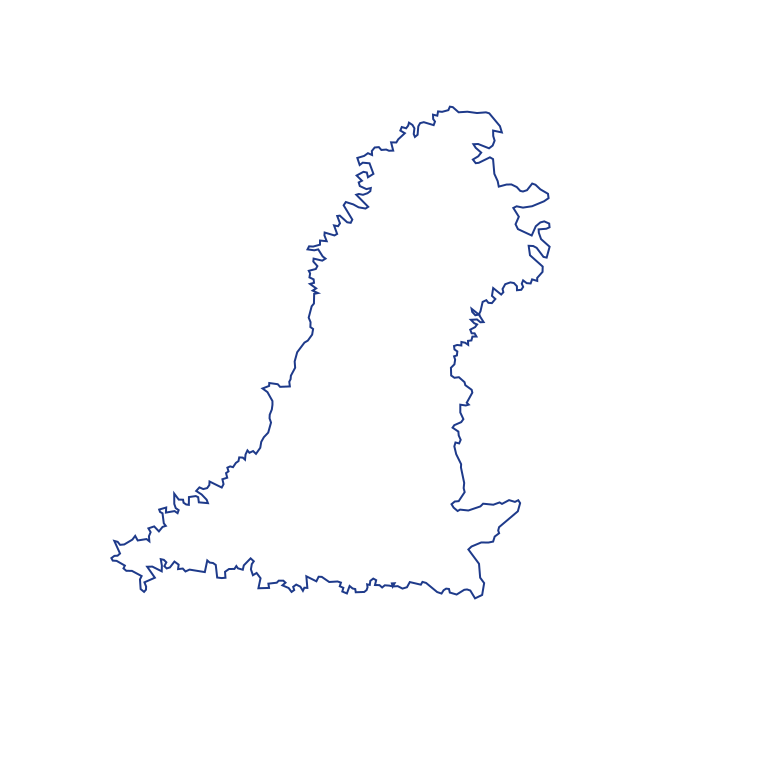 the district of Guaraniaçu, Paraná, Brazil, rotated 25°
{"feature_id": "56859067B51111314170692", "entity_name": "Guaraniaçu", "entity_type": "district", "adm_level": 2, "iso_a3": "BRA", "parent_name": "Brazil", "parent_adm1": "Paraná", "projection": "mercator", "projection_center": [-52.873, -25.047], "detail": "fine", "context": "isolated", "style": "outline", "palette": "blue", "viewbox_px": 768, "rotation_deg": 25, "n_neighbors": 0, "source": "geoboundaries", "source_scale": "gbopen_adm2", "svg_char_len": 6164}
<svg xmlns="http://www.w3.org/2000/svg" viewBox="0 0 768 768"><g transform="rotate(25 384 384)"><path d="M380.1,101.3L365.0,94.2L361.6,94.7L353.8,99.1L344.5,102.0L336.8,106.2L329.3,104.0L326.5,104.8L326.6,108.6L321.6,112.8L317.8,114.1L318.9,118.3L314.6,119.2L316.6,123.1L319.3,124.6L319.6,128.4L309.4,129.9L306.5,132.3L306.2,136.0L309.1,143.9L307.6,147.0L305.3,144.9L303.5,139.4L300.3,137.2L296.2,136.6L296.7,139.6L296.0,142.9L291.5,143.6L291.7,147.4L296.9,147.9L293.5,156.2L293.1,159.9L288.3,162.0L293.7,168.6L289.9,170.5L286.9,170.6L282.7,173.0L279.2,171.5L275.6,173.6L274.5,178.0L276.4,181.5L271.9,181.6L269.6,185.7L264.3,190.4L269.4,195.8L271.2,192.4L277.6,190.1L285.6,198.0L282.1,203.4L279.1,199.6L275.7,200.4L271.1,206.6L278.1,209.1L275.9,212.0L278.4,214.8L285.7,214.8L289.2,212.0L290.1,215.0L288.4,218.1L285.0,221.4L280.9,222.4L278.9,224.2L294.8,230.1L293.1,232.8L286.3,234.6L280.3,234.2L272.5,235.2L271.9,239.1L285.8,248.4L285.7,252.0L282.3,253.0L272.8,250.1L270.6,251.5L276.2,257.0L275.7,260.4L271.7,261.4L278.1,267.8L276.3,270.3L266.2,271.8L267.2,274.5L271.7,278.8L265.4,281.0L267.1,284.8L261.7,289.4L257.9,290.9L257.8,294.3L264.3,292.3L267.5,289.8L274.5,294.3L278.0,295.1L275.9,298.3L267.2,300.1L268.2,302.9L273.8,305.3L273.6,308.6L268.0,313.2L270.3,315.0L271.4,318.9L276.0,318.9L277.8,321.9L274.6,324.6L282.1,326.0L279.9,329.5L285.7,329.5L282.6,331.8L286.5,340.7L285.6,344.1L287.7,355.7L291.3,359.0L293.2,363.5L296.5,364.1L298.0,369.6L296.6,376.9L294.4,380.1L291.9,391.9L293.5,401.3L296.6,406.8L296.1,415.8L297.3,419.1L297.2,422.0L299.7,426.0L291.0,430.5L287.8,429.1L279.6,431.6L280.7,434.3L275.8,439.4L281.8,440.6L290.1,446.6L291.7,450.0L293.1,454.5L293.4,460.1L294.8,463.5L297.9,466.7L299.6,477.0L297.6,483.0L297.2,488.3L298.8,494.1L297.5,501.4L293.7,500.1L291.1,503.2L288.3,501.9L288.3,506.4L290.0,511.3L287.1,510.4L283.8,511.7L284.7,515.4L283.1,518.1L282.3,523.2L279.4,523.7L277.4,526.0L280.0,528.9L278.5,531.5L281.5,535.2L277.8,538.6L280.9,542.6L280.7,546.4L267.1,546.1L268.4,549.4L267.7,553.1L264.6,555.6L260.4,555.7L259.0,560.3L265.4,561.2L272.1,563.8L274.8,566.4L266.2,569.5L263.4,565.1L260.8,565.1L255.0,568.9L258.2,576.0L255.6,576.8L252.5,576.3L250.8,573.8L246.8,575.5L240.2,572.0L244.6,581.3L247.7,584.5L251.2,585.1L251.5,588.3L247.9,587.7L240.7,592.7L238.8,588.0L233.3,592.8L235.1,594.6L237.9,594.8L243.3,603.3L246.2,604.8L243.7,607.1L242.3,612.7L235.9,610.2L231.5,614.4L235.1,616.9L235.3,621.3L237.8,625.7L234.3,624.9L226.9,629.9L222.7,626.8L221.7,631.4L216.4,639.2L212.8,641.3L209.3,639.6L205.9,640.2L216.4,649.2L215.1,652.2L212.3,653.7L210.5,657.0L212.8,658.7L216.4,657.3L225.9,658.1L225.8,661.2L229.4,662.2L234.5,659.9L245.5,660.5L245.4,664.2L250.1,672.7L254.4,673.8L255.2,671.0L254.0,668.1L250.7,665.0L258.2,656.4L246.6,649.7L251.2,647.4L261.7,647.7L259.4,642.4L255.7,637.1L258.8,636.4L262.1,637.6L261.9,641.9L265.0,643.0L267.5,640.7L269.1,633.5L274.2,634.5L275.6,638.8L279.6,636.3L283.3,637.8L286.2,634.4L301.1,630.2L298.4,618.6L301.5,619.5L304.7,618.5L308.0,619.1L314.6,629.9L318.9,628.5L322.2,626.6L319.3,621.4L321.7,617.2L326.6,614.8L327.1,611.4L329.5,612.8L334.5,612.0L333.6,607.6L336.8,598.4L340.9,599.7L340.3,603.1L341.7,608.2L346.0,612.7L348.4,609.1L354.2,612.2L356.5,622.2L366.0,617.4L363.6,613.8L370.8,609.4L371.7,606.7L375.9,604.8L378.7,605.7L377.0,609.4L383.8,609.2L388.1,611.5L389.7,608.7L387.4,606.2L389.2,602.9L393.8,603.0L397.9,605.7L397.9,602.3L400.7,601.2L394.9,591.1L406.1,591.4L406.2,586.3L409.1,585.1L418.0,586.6L425.4,582.6L428.9,582.2L429.4,586.0L433.3,585.9L433.9,589.7L438.9,589.5L438.2,581.6L442.0,582.6L444.6,582.0L446.4,584.7L454.0,580.8L455.3,578.1L455.0,575.2L453.4,572.7L456.0,572.1L454.8,568.2L456.5,564.9L459.8,565.1L460.8,570.0L464.9,568.2L468.3,569.2L469.8,566.1L474.0,564.5L477.5,563.8L481.9,561.4L487.2,561.6L490.7,558.5L491.1,552.6L502.2,550.3L502.5,547.1L506.2,546.5L520.1,550.1L524.7,549.6L525.2,545.7L526.8,543.2L529.5,542.3L531.8,545.2L538.8,544.1L543.7,536.6L546.1,535.1L549.5,534.7L557.1,539.8L562.1,533.7L558.9,522.1L553.0,518.9L546.1,506.8L530.4,498.3L532.0,494.3L539.1,486.5L545.6,483.6L549.5,480.7L548.8,475.5L551.4,470.6L549.4,468.5L548.8,465.1L559.1,442.8L557.7,434.4L554.8,432.6L552.5,435.5L546.4,436.4L541.6,442.8L538.8,442.5L534.1,447.2L524.4,450.6L523.1,454.2L513.9,463.0L506.0,465.7L504.4,468.0L499.3,466.6L496.0,464.4L497.8,460.6L501.2,458.6L502.8,447.9L500.2,444.7L498.5,439.8L489.0,427.1L487.8,424.1L479.1,417.1L474.1,410.8L473.5,406.8L477.2,406.1L477.1,402.2L473.5,399.1L471.5,395.7L464.6,394.6L465.1,391.6L470.1,385.9L470.8,382.3L465.2,377.6L461.9,370.5L467.2,368.9L469.5,366.9L466.9,366.0L467.7,354.5L465.9,352.2L458.2,350.7L456.2,348.3L449.0,346.2L445.2,348.6L441.3,347.9L437.8,341.0L439.5,336.4L438.2,331.9L435.8,329.3L438.0,327.3L436.7,323.5L433.3,322.9L431.4,320.0L433.8,317.7L437.8,316.4L436.4,313.2L440.1,312.3L443.7,312.9L441.9,309.4L444.8,307.6L444.1,303.7L447.7,301.9L444.7,299.8L442.0,301.0L439.2,298.3L442.5,294.0L443.2,290.7L440.1,290.8L435.6,289.1L441.0,286.2L445.3,287.3L448.1,285.8L440.6,281.0L440.7,277.3L438.7,267.9L441.3,264.8L444.3,266.3L447.6,265.1L449.0,259.9L444.6,258.5L442.4,250.9L452.4,253.4L453.4,250.4L451.3,247.8L451.7,242.3L455.6,238.5L459.1,237.6L463.1,239.2L464.9,242.8L468.6,240.6L469.1,237.2L466.5,234.9L466.3,231.3L470.7,232.3L474.4,230.9L474.0,226.6L479.3,225.8L478.0,223.1L480.3,215.4L478.2,210.5L461.9,205.6L456.7,197.6L460.9,195.9L464.8,196.1L474.8,201.4L478.0,200.7L476.1,189.6L465.1,186.3L460.4,181.5L458.8,178.5L465.5,174.7L467.8,172.0L465.9,168.8L460.5,168.9L457.4,171.5L454.9,176.9L455.1,187.0L439.9,187.0L435.7,183.6L435.5,175.4L426.8,169.8L429.1,166.9L435.4,165.4L443.1,160.3L451.8,150.8L454.6,146.0L452.2,142.3L443.4,141.5L437.1,139.4L433.6,139.7L431.7,147.9L428.6,150.8L425.9,151.4L421.1,149.4L415.1,149.3L410.7,151.5L404.6,156.6L401.3,152.1L395.2,146.9L387.8,134.1L384.2,133.8L376.4,143.5L373.8,145.1L369.7,143.0L373.2,137.8L374.3,133.2L367.3,131.2L363.7,128.9L367.9,126.7L379.6,126.0L381.7,122.0L381.4,116.7L378.2,113.1L375.8,108.2L384.5,106.2L380.1,101.3ZM440.6,281.0L437.7,283.1L433.5,281.4L431.6,278.8L440.6,281.0ZM477.5,563.8L475.4,561.4L477.8,560.1L477.5,563.8Z" fill="none" stroke="#1e3a8a" stroke-width="2"/></g></svg>